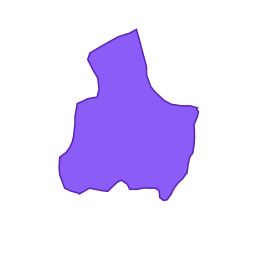 outline of Thaechon, P'yŏngan-bukto, North Korea, rotated 215°
{"feature_id": "82179303B82011588476807", "entity_name": "Thaechon", "entity_type": "district", "adm_level": 2, "iso_a3": "PRK", "parent_name": "North Korea", "parent_adm1": "P'yŏngan-bukto", "projection": "mercator", "projection_center": [125.154, 40.185], "detail": "fine", "context": "isolated", "style": "filled", "palette": "violet", "viewbox_px": 256, "rotation_deg": 215, "n_neighbors": 0, "source": "geoboundaries", "source_scale": "gbopen_adm2", "svg_char_len": 999}
<svg xmlns="http://www.w3.org/2000/svg" viewBox="0 0 256 256"><g transform="rotate(215 128 128)"><path d="M130.1,45.9L125.0,56.7L113.1,61.9L108.3,64.5L107.0,71.1L105.7,77.6L103.3,81.5L96.2,81.5L91.6,78.8L85.6,82.7L80.8,87.9L74.8,91.8L71.2,94.4L66.5,94.4L61.9,89.1L57.2,89.1L54.8,91.7L54.7,98.3L55.7,104.8L55.5,111.4L54.2,117.9L54.1,124.5L53.8,124.7L57.9,132.8L60.7,139.4L60.7,145.0L61.7,146.9L64.5,152.5L67.3,157.2L72.0,163.8L75.8,168.5L77.7,177.0L79.6,181.7L82.4,182.6L82.6,184.4L90.0,181.7L96.6,177.0L106.0,172.3L114.5,171.3L127.7,173.2L133.3,175.1L142.8,181.7L148.4,189.2L159.7,198.6L167.3,205.1L177.7,213.6L181.4,206.1L188.0,197.6L192.7,188.2L198.4,176.0L199.5,173.6L202.2,167.6L200.3,161.0L189.9,155.4L181.4,151.6L173.9,143.1L171.1,135.6L177.7,129.0L181.4,122.4L183.6,118.9L178.0,107.1L173.5,100.5L167.8,89.9L165.6,84.6L164.5,78.1L164.6,72.8L167.2,64.9L161.5,55.7L156.9,50.4L151.1,46.4L145.3,42.4L138.2,43.7L131.1,46.3L130.1,45.9Z" fill="#8b5cf6" stroke="#5b21b6" stroke-width="1.5"/></g></svg>